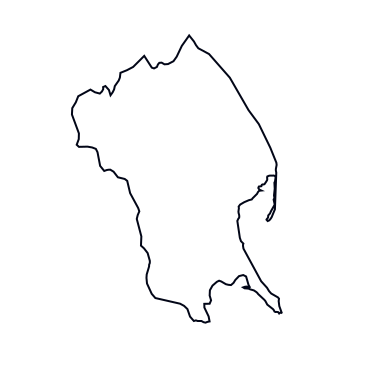 SVG path tracing the border of Pomeranian, rotated 68°
{"feature_id": "POL-3140", "entity_name": "Pomeranian", "entity_type": "Voivodeship", "adm_level": 1, "iso_a3": "POL", "parent_name": "Poland", "parent_adm1": "", "projection": "robinson", "projection_center": [18.491, 54.136], "detail": "fine", "context": "isolated", "style": "outline", "palette": "ink", "viewbox_px": 384, "rotation_deg": 68, "n_neighbors": 0, "source": "natural_earth", "source_scale": "10m", "svg_char_len": 2729}
<svg xmlns="http://www.w3.org/2000/svg" viewBox="0 0 384 384"><g transform="rotate(68 192 192)"><path d="M323.5,151.3L325.6,152.5L330.5,153.8L338.2,154.1L337.8,154.3L336.7,154.2L336.9,154.8L337.1,156.1L337.3,156.7L335.8,157.0L335.0,158.2L334.5,159.6L333.7,160.3L332.2,160.4L330.9,160.8L324.6,164.4L320.7,164.8L319.1,165.3L311.4,168.9L310.2,169.2L308.9,169.8L306.4,171.5L304.0,174.6L303.4,175.1L302.7,175.9L301.0,179.3L299.6,180.3L299.7,178.4L300.1,176.9L300.8,175.8L301.7,175.1L301.7,174.1L299.4,174.4L290.6,173.5L288.2,175.6L287.6,179.9L289.8,184.8L291.8,187.5L292.9,190.7L291.7,193.0L290.2,195.1L285.9,198.4L284.4,200.1L284.6,202.6L286.5,208.1L289.8,212.2L294.6,214.4L299.6,214.9L302.2,217.5L300.3,222.5L303.8,223.8L313.6,223.2L318.6,224.2L318.2,226.3L318.2,228.4L317.0,230.1L315.2,231.5L313.7,235.1L312.5,236.5L312.3,238.6L306.8,240.5L298.8,240.1L294.6,242.0L291.1,244.9L276.6,265.7L271.3,267.5L260.0,268.0L254.6,266.4L251.5,264.9L245.0,259.7L243.4,259.0L242.0,257.7L240.1,256.9L232.0,256.0L226.3,257.6L222.6,259.4L214.2,255.6L196.3,253.3L193.1,251.0L190.2,248.1L186.7,247.9L169.9,249.8L157.4,247.9L154.7,249.5L150.6,255.2L143.8,257.1L140.7,259.4L140.1,261.0L139.7,262.8L139.6,265.5L133.4,267.4L119.7,264.7L116.0,265.0L113.3,267.9L110.8,271.9L107.8,279.9L105.0,281.2L100.6,277.2L95.3,274.9L75.2,274.3L69.4,271.6L65.3,266.1L60.6,261.6L59.0,247.8L63.2,244.6L66.2,240.6L65.1,237.9L63.4,235.8L61.4,235.1L61.3,232.6L66.3,230.8L71.8,231.3L69.9,228.3L67.7,225.8L64.9,223.9L61.2,218.2L58.9,216.0L54.7,213.7L54.7,206.7L54.0,199.7L47.9,185.3L61.6,182.7L63.2,180.9L62.9,177.7L61.0,175.8L60.0,173.9L60.7,171.7L63.3,169.7L64.4,166.3L63.8,160.2L60.8,155.5L52.7,146.7L46.0,136.3L45.8,136.0L53.2,133.8L57.3,133.3L61.1,132.3L70.5,124.5L100.2,114.1L137.4,108.9L154.1,104.6L180.3,102.8L196.4,102.8L198.6,103.4L202.2,105.7L203.5,106.2L205.6,106.6L239.1,121.6L245.2,127.6L246.2,129.0L247.2,130.9L247.3,132.7L245.6,133.3L245.2,132.9L244.7,131.9L244.1,131.0L242.3,130.1L241.1,127.7L239.5,126.1L234.8,120.2L233.9,119.9L230.4,119.3L229.5,119.1L228.6,117.9L225.8,117.2L220.0,114.1L214.2,112.1L213.3,111.1L210.1,109.2L209.2,108.9L208.0,109.3L207.4,110.0L206.0,113.6L205.8,114.4L205.8,116.3L206.4,116.8L208.7,117.6L209.2,118.0L210.4,119.6L211.9,121.9L211.8,122.9L211.4,123.8L211.5,124.6L212.6,125.5L212.0,128.0L213.1,129.0L215.0,128.7L216.6,127.2L216.0,129.3L216.8,130.9L218.1,132.4L220.5,138.1L221.3,139.4L220.9,142.3L221.0,147.3L221.7,152.1L223.0,154.2L224.6,154.6L227.6,156.3L229.1,156.7L230.4,156.8L232.1,157.2L233.5,157.9L234.1,159.0L235.8,160.8L252.4,164.8L256.0,165.0L259.1,163.7L259.9,164.4L261.1,164.9L263.8,165.5L300.7,161.3L308.9,158.3L312.7,157.7L315.8,156.6L321.9,151.8L323.5,151.3Z" fill="none" stroke="#020617" stroke-width="2"/></g></svg>